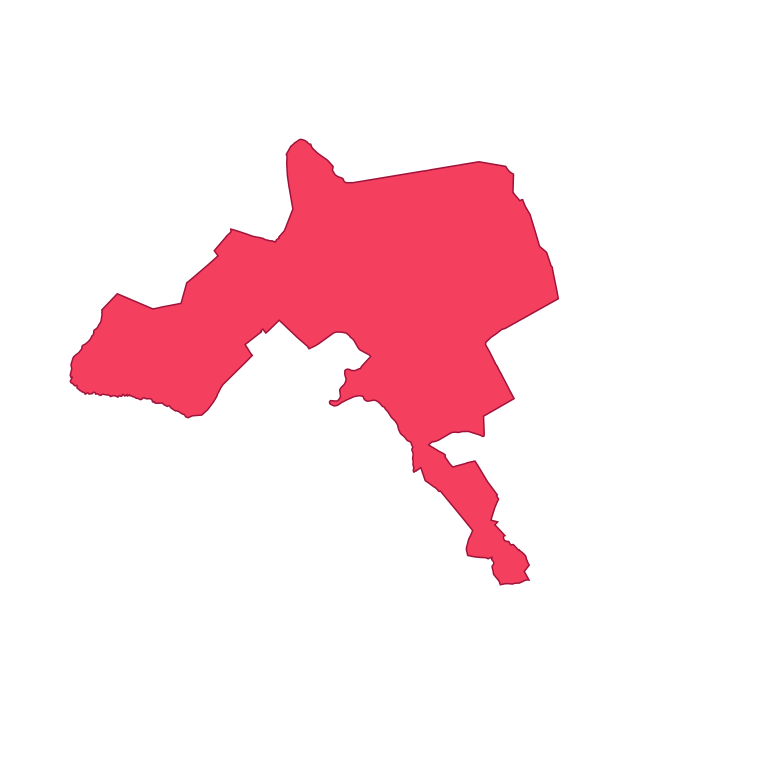 outline of Mixquiahuala de Juárez, Hidalgo, Mexico, rotated 229°
{"feature_id": "50627088B68378363508666", "entity_name": "Mixquiahuala de Juárez", "entity_type": "district", "adm_level": 2, "iso_a3": "MEX", "parent_name": "Mexico", "parent_adm1": "Hidalgo", "projection": "robinson", "projection_center": [-99.19, 20.233], "detail": "fine", "context": "isolated", "style": "filled", "palette": "rose", "viewbox_px": 768, "rotation_deg": 229, "n_neighbors": 0, "source": "geoboundaries", "source_scale": "gbopen_adm2", "svg_char_len": 6171}
<svg xmlns="http://www.w3.org/2000/svg" viewBox="0 0 768 768"><g transform="rotate(229 384 384)"><path d="M625.0,219.5L624.2,219.3L623.1,218.0L621.4,216.8L617.2,211.8L616.1,209.5L615.9,208.0L614.6,205.1L614.5,203.0L614.8,200.6L614.1,199.4L612.8,198.2L612.1,197.2L611.9,196.6L611.9,195.2L610.4,191.6L610.0,188.0L610.1,184.8L610.8,181.9L610.4,180.6L608.9,179.1L608.1,175.4L607.9,174.1L608.2,169.9L608.1,167.5L607.5,166.1L603.9,160.4L600.2,158.2L597.3,154.0L596.2,152.8L595.7,152.8L594.9,152.2L594.5,152.2L594.0,153.1L593.7,153.2L593.4,152.8L593.0,151.4L592.1,150.0L592.0,149.1L591.7,148.9L590.3,148.6L588.7,149.3L586.3,149.4L585.6,149.5L585.1,149.8L584.8,150.9L584.5,151.2L583.7,151.0L582.6,149.8L581.8,149.7L580.2,150.3L578.8,150.1L578.2,150.6L576.4,150.9L574.1,152.1L573.6,152.2L572.8,151.8L572.4,151.9L572.1,152.2L572.2,153.4L571.8,154.4L571.4,154.7L570.2,154.7L569.8,155.0L568.6,156.7L568.1,157.9L568.4,158.7L568.3,159.3L567.8,159.9L567.2,160.2L566.6,160.2L565.7,159.7L565.3,159.9L564.8,161.2L564.0,161.6L563.1,161.7L561.3,162.6L561.1,163.2L561.1,164.2L560.8,165.1L557.6,167.6L555.9,169.3L554.3,169.3L553.8,169.5L552.9,171.9L552.0,172.8L550.4,173.9L548.9,174.3L548.7,174.6L548.9,176.6L547.7,177.1L547.1,177.7L546.9,178.3L547.5,179.9L547.4,180.3L546.3,180.4L545.5,180.3L545.0,180.5L544.7,182.9L544.1,182.4L543.5,182.3L543.1,182.7L543.0,184.6L542.8,184.9L541.6,184.6L540.7,185.7L539.5,185.9L537.8,187.1L535.9,187.6L533.9,189.2L532.7,189.5L531.8,190.1L531.4,191.2L531.7,192.6L531.3,193.3L530.4,194.3L529.7,194.3L528.3,195.4L526.5,197.7L525.1,198.5L523.3,198.2L522.8,197.7L522.1,197.8L521.6,198.0L521.4,199.0L520.0,198.7L519.2,199.1L515.9,203.1L515.7,203.6L514.7,204.2L512.4,204.4L511.9,204.7L511.6,205.1L510.5,205.2L509.3,205.7L508.9,207.1L508.2,207.7L505.3,207.5L503.7,208.1L502.1,208.4L500.4,209.1L500.0,209.8L498.8,210.4L498.2,211.0L496.6,211.2L494.4,211.9L492.7,212.6L491.7,213.4L489.5,212.8L488.2,213.3L487.0,214.2L485.7,218.5L480.1,226.1L480.3,234.3L482.3,243.5L484.3,249.6L485.5,251.6L488.0,257.9L489.2,261.8L491.4,296.4L492.0,303.4L494.3,303.4L504.9,305.1L503.8,325.8L504.8,325.9L504.9,328.6L500.0,328.2L500.0,331.1L500.9,346.7L475.2,349.2L464.1,350.8L462.6,351.0L459.8,350.5L458.1,356.4L457.3,360.5L455.6,379.3L455.3,380.3L454.5,382.1L453.4,383.4L450.8,386.1L447.2,388.9L443.2,389.6L441.9,389.3L438.4,389.9L436.8,389.9L428.7,388.3L426.3,388.1L424.9,388.4L415.2,392.1L413.5,391.9L412.0,378.6L411.1,376.2L411.5,375.9L412.0,374.8L412.4,372.9L412.7,372.4L413.1,370.9L415.6,368.3L417.6,367.5L418.9,366.5L419.6,365.4L419.9,363.9L419.5,362.9L416.8,360.6L413.0,358.8L412.1,358.1L411.4,357.2L410.0,354.5L409.7,353.0L409.5,349.3L408.8,347.0L408.1,346.3L403.0,342.9L401.8,339.5L402.2,337.0L406.6,332.7L406.4,331.4L405.6,330.6L404.5,330.2L401.5,331.3L400.3,331.9L399.8,332.4L398.8,334.1L398.3,335.5L397.8,339.9L396.5,345.3L394.1,353.1L391.9,357.0L389.8,359.1L388.2,360.0L385.8,359.1L384.3,359.1L382.3,359.9L381.2,361.1L378.3,366.0L376.4,367.2L374.8,367.7L372.3,368.2L368.1,368.1L366.7,368.9L366.2,369.0L364.1,368.6L360.5,368.7L354.1,367.7L348.4,368.1L343.8,367.3L342.7,366.5L339.6,365.0L335.8,364.0L333.6,364.2L331.2,364.7L326.1,364.5L322.5,366.1L320.2,365.0L317.6,364.4L317.1,364.0L317.0,363.1L316.4,362.1L315.0,361.3L313.7,361.1L311.6,359.7L308.9,356.6L306.4,355.2L305.3,354.2L304.6,353.3L300.9,351.3L299.6,349.3L298.0,348.7L297.8,348.9L297.6,351.2L297.3,351.2L296.7,356.9L284.0,351.7L280.2,352.7L274.3,354.0L271.3,354.9L266.9,355.0L266.0,356.3L230.8,355.4L215.3,354.8L213.1,350.5L211.3,346.1L207.3,340.3L206.8,339.3L204.6,337.2L202.3,336.2L200.1,334.8L199.1,335.0L198.2,336.0L196.4,337.1L194.2,338.9L189.7,343.1L186.1,346.9L183.8,347.9L182.5,351.8L182.1,351.7L180.9,350.1L177.7,350.0L176.5,349.0L176.0,348.2L175.6,346.1L174.5,345.2L171.4,343.7L168.4,341.8L160.0,341.6L156.2,340.1L153.9,344.2L151.8,346.8L148.8,349.6L147.7,352.1L146.6,353.6L145.1,355.3L144.2,358.1L143.6,360.6L142.9,362.5L141.7,364.1L140.9,364.8L150.5,366.9L152.0,374.8L153.9,375.1L158.5,376.7L161.0,378.0L163.5,378.1L166.1,377.8L168.3,377.3L170.2,377.2L170.2,376.6L177.6,376.3L178.3,376.0L179.2,374.4L179.7,374.1L181.5,374.4L182.8,374.8L183.5,374.7L184.1,373.9L186.6,372.3L188.0,372.5L189.1,373.0L190.6,374.3L190.6,375.1L190.2,375.8L205.0,375.3L205.3,379.3L208.2,377.4L211.0,375.4L212.4,377.4L218.4,387.2L222.0,395.0L225.7,395.5L226.0,396.8L242.2,398.0L261.2,401.4L266.2,402.1L270.2,394.7L270.2,394.0L274.7,384.8L276.1,381.6L276.9,381.4L281.1,381.3L287.1,382.1L288.0,382.0L288.9,382.2L289.1,382.4L289.3,383.0L290.5,383.7L292.9,383.1L296.8,381.5L308.7,377.7L308.9,380.3L308.7,382.9L308.2,383.0L307.0,385.1L305.9,388.0L303.3,401.7L302.7,403.6L302.1,404.6L300.7,406.4L298.9,408.0L298.2,409.0L296.8,411.8L292.8,416.6L283.0,422.6L282.0,423.2L280.0,423.9L279.3,424.5L279.2,425.1L279.3,425.6L281.6,427.7L294.4,438.0L287.6,472.6L297.6,474.9L315.3,479.2L318.5,479.8L323.2,481.1L325.4,481.3L327.7,481.9L339.0,484.8L346.8,486.4L348.6,487.9L349.0,495.3L348.3,501.2L347.9,509.1L347.0,510.5L346.4,512.1L334.0,571.5L342.1,576.3L357.5,585.0L361.8,587.6L362.8,587.7L363.5,587.6L376.7,593.1L385.3,591.8L386.2,591.9L399.7,598.1L416.0,605.4L425.1,607.1L431.6,609.3L432.1,609.6L432.7,608.9L433.2,606.8L443.6,606.9L443.7,607.3L444.4,607.4L457.4,619.4L460.6,618.3L462.7,618.0L465.3,618.1L468.4,618.6L489.5,601.4L514.4,560.8L517.6,555.3L519.0,553.3L556.2,492.8L560.4,487.8L562.7,486.7L566.0,487.7L567.3,487.2L570.8,485.2L573.9,484.4L579.0,485.2L581.5,488.3L589.8,488.2L601.4,485.4L604.9,485.0L608.8,484.7L610.7,485.0L613.0,486.0L614.6,484.8L616.2,484.6L617.4,484.8L618.5,484.3L619.8,484.0L622.9,482.1L623.9,480.5L624.6,474.3L624.4,472.8L624.5,469.6L621.4,460.9L619.3,460.1L614.5,455.5L604.5,447.7L595.8,442.1L575.8,430.0L565.0,409.4L563.9,401.0L562.8,400.3L563.4,398.4L563.2,396.8L562.8,396.5L562.6,396.0L562.6,394.9L563.4,394.8L563.8,394.2L565.2,393.7L565.8,393.2L566.7,391.9L568.3,391.0L570.5,389.3L573.2,388.2L576.8,385.7L578.4,384.2L582.2,381.5L587.3,378.7L597.4,372.7L601.4,370.0L599.4,368.5L599.1,367.9L598.9,361.8L598.7,361.7L596.0,343.4L589.6,342.8L589.4,329.2L589.6,304.9L589.8,301.6L578.0,283.7L587.6,267.3L590.0,262.7L592.3,258.8L627.1,241.9L625.0,219.5Z" fill="#f43f5e" stroke="#9f1239" stroke-width="1.5"/></g></svg>